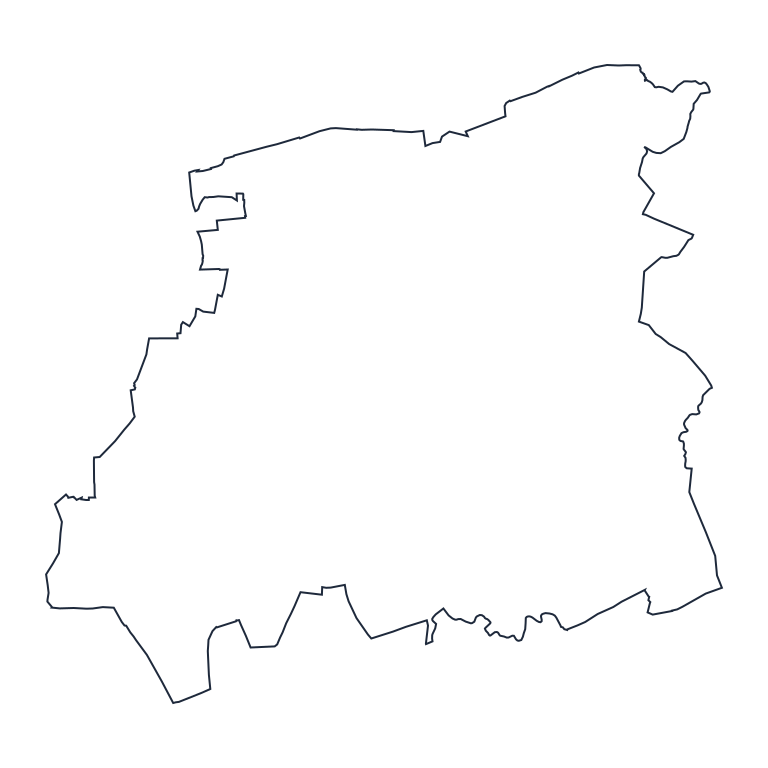 the district of Griškānu pag., Rezeknes, Latvia
{"feature_id": "27541924B86599221750304", "entity_name": "Griškānu pag.", "entity_type": "district", "adm_level": 2, "iso_a3": "LVA", "parent_name": "Latvia", "parent_adm1": "Rezeknes", "projection": "mercator", "projection_center": [27.435, 56.489], "detail": "fine", "context": "isolated", "style": "outline", "palette": "slate", "viewbox_px": 768, "rotation_deg": 0, "n_neighbors": 0, "source": "geoboundaries", "source_scale": "gbopen_adm2", "svg_char_len": 6027}
<svg xmlns="http://www.w3.org/2000/svg" viewBox="0 0 768 768"><path d="M52.0,607.1L52.1,607.4L51.9,607.6L59.8,608.4L73.7,608.0L86.6,608.7L92.7,608.5L102.8,607.1L113.8,607.7L121.8,622.0L124.5,625.5L126.2,625.7L130.3,632.4L133.6,636.5L136.0,640.1L146.9,654.9L161.9,681.6L173.2,703.0L175.8,702.3L178.9,701.9L201.5,692.9L210.3,689.0L208.9,674.9L207.8,651.0L208.2,645.3L208.5,639.8L212.5,631.1L216.3,627.0L216.9,627.4L236.0,621.3L236.4,620.3L237.0,620.5L239.0,620.1L241.0,625.0L245.9,635.9L250.6,647.5L274.7,646.4L277.2,644.4L280.1,637.5L282.6,632.4L286.2,623.2L290.9,613.9L294.5,606.2L300.5,592.2L321.9,594.7L322.2,587.1L326.2,587.8L330.7,587.6L344.8,584.9L346.4,594.2L348.6,601.3L356.5,618.1L367.9,634.5L371.3,638.5L393.0,631.6L406.0,626.8L426.8,620.3L428.0,625.6L425.9,643.7L426.0,644.1L432.5,641.4L432.1,638.6L432.2,635.2L432.6,633.9L435.2,628.4L436.1,623.9L433.0,621.1L432.4,620.2L432.2,619.0L433.3,617.1L435.7,614.4L443.4,608.5L448.6,615.4L452.5,618.5L455.2,619.7L456.5,619.7L458.2,619.1L460.7,619.0L465.7,621.6L470.9,623.3L472.1,623.1L474.3,621.7L475.9,617.5L476.9,616.4L479.8,615.0L481.9,615.2L484.0,616.6L485.0,618.1L485.7,618.6L487.2,619.1L488.4,620.0L490.4,622.2L490.5,622.8L490.0,623.6L485.4,627.9L484.9,628.6L485.8,630.7L488.0,633.0L489.1,635.0L490.0,635.6L490.6,635.4L494.8,632.2L496.9,632.0L498.1,632.7L499.5,635.0L500.2,635.7L504.0,636.5L506.8,637.6L508.6,637.5L512.3,635.7L513.9,635.8L516.0,639.3L517.4,640.5L518.8,640.8L521.3,640.0L522.9,636.7L523.8,633.2L525.2,629.2L525.6,623.4L525.8,618.0L526.7,616.9L528.1,616.4L529.7,616.4L531.0,616.8L532.5,617.6L536.7,620.8L539.0,622.0L540.5,622.2L541.6,621.3L541.7,619.8L541.0,616.6L541.1,615.5L542.0,614.3L543.3,613.7L545.5,613.1L549.5,613.5L552.6,614.3L554.8,615.6L556.3,617.6L560.6,625.7L560.9,626.8L562.9,627.4L564.3,629.2L567.2,630.0L567.3,629.4L577.5,625.4L585.2,622.0L597.7,614.0L613.3,607.0L621.6,601.7L644.8,589.9L644.6,590.3L648.7,596.6L649.2,596.8L648.4,600.2L650.3,602.1L649.9,603.1L647.6,612.4L652.7,614.6L672.1,611.0L672.0,610.6L677.2,609.4L682.4,606.8L705.7,593.6L721.9,587.8L717.0,575.4L715.2,555.9L705.9,532.3L694.0,503.9L689.3,492.1L691.7,468.6L686.8,468.3L685.4,467.2L685.1,466.1L685.2,463.6L685.6,461.6L685.7,459.9L685.5,457.8L684.2,455.9L685.3,454.2L685.9,452.3L685.8,452.0L683.7,449.3L683.6,448.8L683.9,445.6L683.9,443.7L683.3,441.8L683.0,441.4L680.7,441.0L679.8,440.4L679.3,439.8L679.2,438.9L679.2,437.6L679.8,435.9L681.5,433.1L683.5,432.2L686.1,431.8L687.4,431.1L687.6,430.4L687.4,429.9L685.6,428.1L684.2,424.9L684.0,424.0L684.1,423.1L684.9,421.2L685.8,419.9L687.8,417.8L689.4,415.4L690.1,414.8L692.2,414.1L696.3,414.4L699.0,413.4L699.5,412.5L699.5,411.9L698.3,409.9L698.1,407.7L698.2,406.3L698.5,405.7L700.9,403.6L701.7,402.4L702.4,400.2L702.6,396.8L703.2,395.1L709.6,388.8L711.9,387.8L711.2,385.5L705.2,375.7L692.7,361.0L685.6,353.0L669.2,344.1L660.7,337.1L655.7,334.0L648.8,325.1L638.9,321.6L640.8,313.9L641.8,307.7L644.2,271.5L661.1,257.3L661.7,257.1L665.3,257.8L667.3,257.8L673.3,256.2L676.4,255.8L678.3,254.8L678.9,254.3L680.4,251.8L684.1,246.9L688.4,240.1L691.4,238.6L691.9,238.0L693.2,234.8L654.1,218.7L645.7,214.8L642.9,214.2L643.4,212.1L654.0,193.3L638.9,175.6L638.9,174.1L639.2,173.3L640.1,168.0L642.0,162.1L642.7,158.5L643.4,157.1L646.5,153.5L647.1,151.4L646.5,149.1L644.2,146.9L645.7,147.5L652.7,151.8L656.3,152.9L660.7,153.2L664.8,151.2L670.9,146.9L679.3,142.2L683.7,138.9L686.3,132.1L687.4,128.1L687.6,126.5L688.7,122.8L689.1,121.1L690.2,118.7L690.4,116.2L690.3,113.9L691.3,112.0L693.2,109.6L693.4,108.8L693.7,103.8L697.0,100.0L700.5,94.1L701.0,93.6L709.2,92.4L709.6,91.9L709.8,91.3L708.4,86.9L706.8,84.4L705.7,83.1L704.4,82.5L703.2,82.7L701.4,83.8L700.2,83.9L699.0,83.6L695.4,81.1L691.5,81.6L686.8,81.3L684.0,81.4L677.9,85.7L672.5,91.8L671.0,91.5L667.4,89.4L662.9,87.4L658.7,86.8L656.2,87.3L654.8,87.1L653.0,84.4L651.5,82.9L649.7,81.6L648.3,81.1L646.8,79.9L645.0,80.7L644.8,80.0L645.0,79.4L645.9,78.8L645.8,77.7L645.2,77.3L644.4,75.7L644.5,75.3L644.0,75.2L644.0,74.0L643.0,73.8L642.6,72.7L641.8,72.6L640.8,71.6L640.2,69.7L640.6,69.2L640.6,68.3L639.0,65.3L626.2,65.2L618.8,65.5L607.0,65.0L594.1,67.5L578.9,73.5L578.4,72.5L572.0,75.7L562.4,79.7L549.1,86.3L549.0,86.0L547.1,86.7L535.6,92.7L522.3,96.9L510.5,101.2L509.8,100.6L506.2,103.0L504.6,106.0L505.1,113.0L505.5,116.3L465.7,131.5L467.8,136.2L449.5,131.6L442.0,136.6L440.1,141.9L432.5,143.1L425.4,146.0L423.3,130.9L411.5,132.1L393.6,131.1L393.7,130.2L371.9,129.5L361.7,129.8L356.9,129.3L356.9,129.7L335.9,128.1L330.6,128.4L319.5,131.2L300.0,138.5L299.2,137.5L277.0,144.2L266.8,146.7L234.1,155.5L233.8,156.3L224.5,158.8L223.3,162.2L221.6,164.5L217.8,166.2L210.8,168.1L211.0,169.0L202.8,171.0L197.2,171.5L198.3,170.0L194.3,170.7L189.2,172.5L191.5,196.3L193.4,205.6L195.4,211.2L196.7,210.7L198.5,208.8L199.1,206.5L200.1,204.0L202.6,199.8L204.7,197.2L207.6,197.5L208.9,197.1L213.3,197.0L218.3,196.3L231.8,197.2L236.9,200.5L236.6,193.5L242.9,193.6L243.3,194.2L243.2,199.8L244.2,199.9L244.3,202.7L244.0,206.1L245.3,213.3L245.9,216.0L245.0,216.1L245.2,217.8L216.8,220.6L217.8,229.9L197.5,231.7L199.8,236.6L201.1,241.2L201.8,244.6L202.6,254.2L203.2,255.7L203.0,258.2L202.6,258.2L202.5,260.2L202.8,260.8L202.4,262.9L201.9,264.6L201.1,265.7L200.0,269.6L218.7,269.0L219.6,269.1L219.8,269.8L227.7,269.5L224.1,288.7L221.8,296.5L217.8,294.8L215.0,309.8L214.2,312.9L203.2,311.6L198.7,309.0L196.4,308.8L195.3,316.4L189.5,326.2L182.9,322.1L181.2,324.7L180.5,333.2L177.2,333.5L177.6,338.3L149.1,338.4L147.1,349.5L146.4,354.4L137.0,379.4L134.1,383.2L134.7,385.0L134.0,385.8L134.8,387.1L135.3,387.6L134.8,389.4L130.7,390.3L133.0,407.6L133.2,411.2L134.7,416.7L129.7,423.4L124.3,429.6L115.1,441.1L99.7,457.0L94.1,457.5L93.9,460.6L94.1,482.1L94.5,484.6L94.7,495.7L95.2,497.5L88.9,497.5L88.8,500.0L86.1,500.0L81.3,499.3L81.7,497.6L76.6,499.9L73.8,497.0L73.5,497.2L73.1,496.8L68.3,497.8L67.9,496.6L66.0,494.5L55.0,504.2L59.2,514.6L61.9,521.9L60.5,533.1L60.1,538.8L58.9,553.1L53.0,563.4L46.1,574.4L47.7,585.2L48.6,592.9L47.5,599.8L47.4,601.6L52.0,607.1Z" fill="none" stroke="#1e293b" stroke-width="2"/></svg>